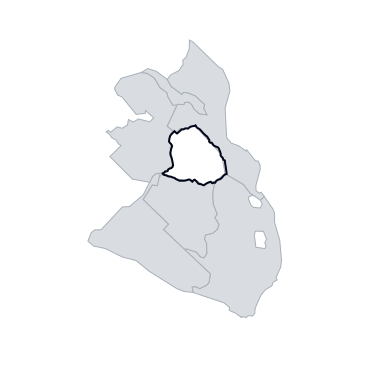 Zimbabwe and the surrounding countries, rotated 315°
{"feature_id": "ZWE", "entity_name": "Zimbabwe", "entity_type": "country or territory", "adm_level": 0, "iso_a3": "ZWE", "parent_name": "Africa", "parent_adm1": "", "projection": "equal_earth", "projection_center": [29.641, -19.023], "detail": "medium", "context": "with_neighbors", "style": "outline", "palette": "ink", "viewbox_px": 384, "rotation_deg": 315, "n_neighbors": 6, "source": "natural_earth", "source_scale": "50m", "svg_char_len": 5355}
<svg xmlns="http://www.w3.org/2000/svg" viewBox="0 0 384 384"><g transform="rotate(315 192 192)"><path d="M121.7,263.8L124.9,259.1L127.8,261.7L129.2,265.8L137.0,268.3L140.8,267.6L147.1,262.7L146.0,227.0L148.0,228.5L152.6,237.7L152.1,243.6L153.8,247.0L158.9,246.0L165.8,238.8L167.5,234.1L171.0,231.9L177.6,235.8L183.5,236.3L188.1,234.0L190.0,226.3L194.0,225.5L198.5,215.4L205.1,208.0L215.4,200.8L228.4,202.4L233.7,223.1L232.3,234.0L232.9,237.5L229.2,235.7L227.1,236.4L224.5,242.9L224.5,246.2L228.8,251.4L233.0,250.4L234.5,246.1L240.0,246.2L237.2,261.2L235.3,265.5L229.0,271.7L219.9,288.2L207.0,303.5L201.7,307.8L190.9,311.9L190.0,314.4L185.7,313.1L182.3,314.8L174.7,313.0L167.6,313.7L154.6,318.8L150.4,322.3L147.2,322.5L144.2,319.2L141.8,319.1L138.6,314.9L138.3,316.2L137.1,308.3L134.6,302.0L136.8,300.3L136.3,293.1L121.7,263.8ZM214.7,270.3L209.1,264.5L205.8,266.4L198.1,276.2L203.5,283.5L206.1,282.6L207.4,279.5L211.3,278.1L214.7,270.3Z" fill="#d9dde1" stroke="#a8b0b8" stroke-width="1"/><path d="M215.4,200.8L205.1,208.0L198.5,215.4L194.0,225.5L190.0,226.3L188.1,234.0L183.5,236.3L177.6,235.8L171.0,231.9L167.5,234.1L165.8,238.8L158.9,246.0L153.8,247.0L152.1,243.6L152.6,237.7L148.0,228.5L146.0,227.0L145.3,198.4L152.6,198.1L152.1,162.7L169.0,158.9L171.9,163.0L176.6,159.1L184.4,157.6L191.2,173.1L199.7,184.0L202.8,185.1L205.0,194.8L210.7,196.3L215.4,200.8Z" fill="#d9dde1" stroke="#a8b0b8" stroke-width="1"/><path d="M145.3,198.4L147.1,262.7L140.8,267.6L137.0,268.3L129.2,265.8L127.8,261.7L124.9,259.1L121.7,263.8L116.0,256.6L112.9,249.5L105.7,218.1L104.0,201.0L96.8,188.8L90.7,170.6L84.3,160.9L83.6,153.2L91.5,149.6L96.3,149.9L100.9,154.4L132.2,153.3L137.5,158.1L155.5,159.5L175.2,153.1L180.0,153.7L183.0,156.0L171.9,163.0L169.0,158.9L152.1,162.7L152.6,198.1L145.3,198.4Z" fill="#d9dde1" stroke="#a8b0b8" stroke-width="1"/><path d="M222.3,61.5L240.6,71.6L244.1,76.1L246.0,84.8L243.2,95.8L244.6,104.2L242.2,107.7L239.9,117.1L243.8,119.7L221.0,128.0L221.7,135.2L216.0,136.6L211.8,140.6L210.9,144.1L208.2,144.8L197.7,159.6L184.4,157.6L180.0,153.7L175.2,153.1L169.1,155.4L159.0,140.9L159.0,108.9L174.7,109.0L174.0,105.5L175.1,101.7L173.7,96.9L174.5,92.0L173.7,88.9L176.3,89.1L176.8,92.3L185.1,93.0L187.7,97.6L193.7,99.0L198.3,95.8L200.0,101.1L205.8,102.5L211.7,112.4L217.4,112.5L216.8,101.6L214.7,103.4L207.4,97.7L209.7,75.4L208.0,70.9L210.1,64.4L212.1,63.2L222.3,61.5Z" fill="#d9dde1" stroke="#a8b0b8" stroke-width="1"/><path d="M240.6,71.6L248.0,73.5L252.0,81.1L254.1,94.9L251.9,102.6L253.9,115.8L256.5,115.6L259.2,118.9L262.3,126.2L262.8,139.1L259.5,141.2L257.2,148.2L252.4,142.0L251.9,134.9L253.5,130.2L253.1,126.2L250.2,123.6L248.1,124.6L239.9,117.1L242.2,107.7L244.6,104.2L243.2,95.8L246.0,84.8L244.1,76.1L240.6,71.6Z" fill="#d9dde1" stroke="#a8b0b8" stroke-width="1"/><path d="M254.1,94.9L259.7,94.1L268.8,96.9L276.0,95.4L278.7,92.3L283.3,92.5L291.6,88.6L297.6,82.7L298.8,87.2L299.2,122.0L300.4,127.0L295.0,141.2L290.2,147.4L274.8,156.0L255.0,178.0L254.3,185.0L257.7,192.5L259.2,201.3L260.5,200.8L258.9,215.0L260.6,216.7L259.4,220.7L256.3,224.2L241.5,232.8L238.2,236.4L238.8,240.4L240.7,241.1L240.0,246.2L234.5,246.1L232.3,234.0L233.7,223.1L228.4,202.4L236.2,191.2L239.3,183.1L240.9,147.3L237.0,144.1L233.5,143.4L228.4,138.7L222.2,138.9L221.0,128.0L243.8,119.7L248.1,124.6L250.2,123.6L253.1,126.2L253.5,130.2L251.9,134.9L252.4,142.0L257.2,148.2L259.5,141.2L262.8,139.1L262.3,126.2L259.2,118.9L256.5,115.6L253.9,115.8L251.9,102.6L254.1,94.9Z" fill="#d9dde1" stroke="#a8b0b8" stroke-width="1"/><path d="M229.1,203.8L228.4,203.3L227.5,202.9L226.3,202.8L224.8,202.8L223.0,203.1L221.0,202.8L218.9,201.7L217.1,201.3L214.9,201.8L214.6,201.4L214.0,200.7L213.0,200.5L212.8,200.4L212.6,200.1L212.4,199.7L212.4,199.3L212.5,198.0L212.4,197.9L212.2,197.7L211.7,197.6L210.4,197.0L208.8,196.4L206.2,195.8L205.2,195.7L204.7,195.0L204.2,193.6L203.7,192.6L202.6,191.1L202.4,190.6L202.6,188.5L202.7,187.7L202.6,186.0L202.6,185.4L202.5,185.1L202.1,184.9L200.9,184.8L199.5,184.9L199.4,182.4L199.1,181.6L198.8,181.1L198.1,180.6L196.8,180.0L195.1,179.0L193.5,177.6L191.8,175.8L191.3,175.5L190.6,173.8L189.6,171.0L189.7,170.0L189.5,169.5L188.6,168.1L188.2,166.7L186.6,164.6L186.1,163.7L185.7,162.5L185.3,161.6L185.0,161.2L184.6,160.6L184.3,159.9L184.1,159.3L184.2,158.6L184.4,158.1L185.8,158.6L186.6,158.7L187.2,158.4L188.0,158.8L188.9,159.7L189.9,159.9L190.9,159.3L192.4,159.5L194.2,160.4L195.7,160.6L197.5,159.8L200.6,155.3L202.0,152.8L202.9,150.8L204.2,149.1L206.0,147.9L207.7,146.8L210.4,145.5L210.9,144.4L211.1,143.2L211.1,141.6L211.3,140.5L211.5,140.0L212.6,139.1L214.3,137.9L215.8,137.1L217.6,136.6L222.6,136.6L222.6,138.1L222.7,139.9L222.9,140.1L228.9,140.4L230.3,141.7L230.8,141.9L232.3,142.3L234.1,144.4L236.4,144.6L238.0,145.3L239.3,146.1L240.1,146.9L240.6,147.1L241.6,147.3L241.6,147.9L241.1,149.0L241.1,150.6L241.8,152.7L241.8,154.6L241.6,157.8L241.6,161.0L241.7,162.1L241.8,162.9L241.9,163.3L241.9,163.8L241.5,165.1L241.2,166.5L241.2,167.1L241.0,167.5L240.8,167.8L239.8,168.4L239.7,168.8L239.7,169.6L239.8,170.2L240.6,170.7L240.8,171.2L240.8,171.7L240.6,172.6L240.2,174.0L240.6,175.7L241.0,176.8L241.6,178.1L241.9,178.9L241.8,179.4L241.8,180.0L240.8,182.3L240.2,183.7L239.4,185.2L238.3,186.2L238.0,186.6L237.9,187.2L237.9,188.3L237.9,189.5L237.0,191.4L237.5,193.0L237.1,193.3L230.1,202.8L229.1,203.8Z" fill="none" stroke="#020617" stroke-width="2"/></g></svg>